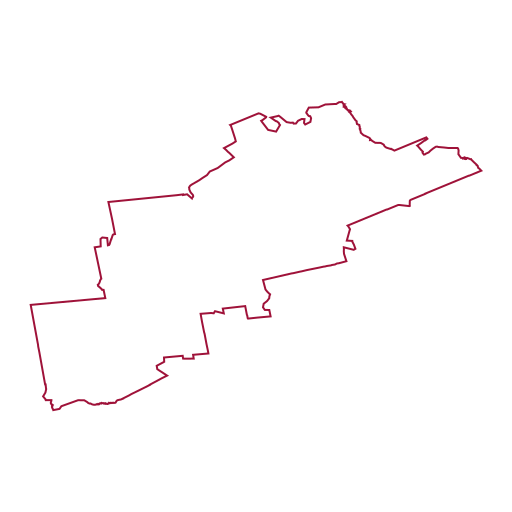 outline of Kalna pag., Jekabpils, Latvia
{"feature_id": "27541924B87645063138183", "entity_name": "Kalna pag.", "entity_type": "district", "adm_level": 2, "iso_a3": "LVA", "parent_name": "Latvia", "parent_adm1": "Jekabpils", "projection": "robinson", "projection_center": [25.845, 56.324], "detail": "fine", "context": "isolated", "style": "outline", "palette": "rose", "viewbox_px": 512, "rotation_deg": 0, "n_neighbors": 0, "source": "geoboundaries", "source_scale": "gbopen_adm2", "svg_char_len": 5790}
<svg xmlns="http://www.w3.org/2000/svg" viewBox="0 0 512 512"><path d="M53.3,410.1L59.5,408.9L61.4,406.2L78.1,400.2L84.3,400.3L87.4,402.2L88.2,403.0L89.7,403.6L90.6,403.5L91.5,404.1L92.6,404.5L94.1,404.8L95.0,404.7L95.4,404.6L95.7,404.7L96.1,404.5L96.5,404.4L96.9,404.1L97.4,404.3L97.7,404.1L97.9,404.1L98.1,403.9L98.7,404.2L98.8,404.3L98.7,404.4L98.8,404.4L99.3,404.2L99.5,404.0L99.5,403.7L100.1,403.4L100.2,403.2L100.6,403.2L101.0,403.4L101.1,403.2L101.6,402.9L101.9,403.2L102.0,403.3L102.5,403.1L103.2,403.1L104.2,403.2L104.5,403.3L104.4,403.7L104.6,403.7L105.1,403.6L105.4,403.4L105.6,403.8L106.4,403.6L106.7,403.8L107.0,404.0L107.4,404.0L107.4,403.8L107.5,403.8L108.0,403.6L108.4,403.4L108.8,403.5L109.1,403.3L109.1,403.0L109.4,403.1L109.5,403.0L109.9,403.2L110.3,402.9L110.6,402.8L110.8,403.0L111.2,402.9L111.5,403.0L111.6,402.9L111.9,402.8L112.8,403.0L113.1,402.7L113.3,402.7L113.7,402.9L114.9,402.9L115.7,402.5L116.2,401.4L117.0,400.5L117.5,400.2L120.1,399.6L120.6,399.6L122.6,398.8L122.5,398.7L129.1,395.4L131.3,394.1L140.1,389.8L149.9,384.9L149.8,384.7L161.7,378.3L167.1,375.6L157.3,369.2L156.7,365.8L164.2,361.8L164.0,357.5L182.7,355.8L183.1,358.6L185.0,358.7L193.7,358.6L193.1,354.8L208.4,353.5L208.0,351.2L206.5,344.1L204.6,333.9L204.1,332.2L202.0,321.7L200.6,313.8L211.1,313.0L213.7,313.3L215.0,311.2L223.8,313.4L222.8,308.6L245.2,306.1L246.9,314.9L247.2,315.4L247.7,318.2L248.0,318.6L257.3,317.6L270.6,316.4L269.3,310.0L264.8,309.9L263.0,307.3L263.7,303.7L267.0,301.1L269.2,298.3L269.4,296.3L270.1,294.3L269.1,293.5L267.2,291.6L265.5,289.5L263.0,280.0L291.7,273.4L293.2,273.2L300.2,271.6L301.4,271.4L306.8,270.1L319.2,267.6L323.8,266.6L325.0,266.5L326.8,266.0L330.9,265.4L331.9,265.0L335.0,264.5L336.9,263.5L339.2,263.2L339.5,263.0L340.2,262.9L346.4,261.2L344.0,253.8L343.8,251.2L343.9,249.5L343.8,247.3L353.7,249.8L355.4,248.8L353.9,244.7L352.4,241.8L352.3,240.9L346.8,240.6L349.4,231.2L350.0,229.2L348.4,226.5L347.6,225.6L386.6,209.5L387.2,209.5L397.9,205.1L398.4,205.0L399.5,205.0L409.3,206.1L409.8,205.9L409.7,204.9L409.8,200.9L409.9,200.6L410.1,200.3L410.8,199.8L424.9,194.0L425.9,193.5L425.8,193.4L468.7,175.7L469.2,175.7L481.3,170.7L479.2,168.5L478.3,168.0L477.7,166.4L477.8,166.1L477.2,165.3L476.9,165.3L476.5,165.1L476.4,164.8L476.4,164.5L473.7,162.0L471.0,159.3L471.0,159.2L470.3,159.2L468.9,158.6L467.0,157.9L466.4,158.1L466.2,159.0L465.6,159.1L464.6,158.9L464.4,158.7L464.3,158.3L464.4,158.0L464.9,157.5L464.6,157.3L464.2,157.4L464.0,157.6L463.6,158.1L463.5,158.5L462.8,158.6L462.7,158.4L462.6,158.0L461.9,157.9L461.0,157.9L458.4,154.2L458.6,150.4L458.1,148.6L457.6,148.0L448.4,148.0L444.1,147.5L438.3,147.0L437.1,146.6L435.7,146.8L433.0,148.6L430.4,150.7L428.7,152.4L425.6,153.8L425.1,154.3L423.9,154.6L422.5,152.7L422.9,151.7L420.8,149.6L417.9,146.2L417.2,145.6L420.9,143.2L425.1,140.1L425.4,140.3L427.4,138.8L426.3,137.4L394.4,150.6L391.8,149.2L391.8,149.3L389.1,148.5L386.3,147.6L384.7,146.4L383.9,145.2L383.8,144.7L381.1,143.1L380.2,142.9L375.3,142.8L372.2,140.9L371.2,140.0L370.0,140.1L370.2,138.6L369.0,137.7L365.3,135.9L363.5,135.2L360.8,132.7L360.6,131.1L360.1,129.8L360.3,129.0L359.7,128.7L359.8,128.1L359.7,126.4L359.4,126.1L359.4,125.3L359.3,124.9L358.8,124.8L357.0,124.0L357.0,123.5L356.6,122.8L356.7,122.3L356.7,121.3L355.4,120.2L354.5,118.9L353.3,117.3L352.6,116.0L351.1,114.2L350.3,112.9L349.6,112.3L350.0,112.2L350.7,111.6L350.3,111.4L350.2,111.2L349.7,110.7L349.2,110.8L349.1,110.6L349.4,110.4L348.8,110.2L348.5,110.5L348.2,110.5L347.2,109.7L347.1,109.3L346.6,109.0L346.8,108.9L346.8,108.6L346.3,108.1L346.3,107.8L345.8,107.7L345.5,107.9L345.1,107.8L345.0,107.6L345.0,107.4L345.2,107.2L345.8,107.1L346.0,106.9L345.6,106.4L345.0,106.2L344.3,106.2L344.2,106.2L344.1,106.6L343.7,106.7L343.7,106.3L343.8,105.8L344.4,105.3L344.2,105.1L344.9,104.9L343.9,104.7L344.0,104.5L344.4,104.2L343.5,104.0L343.3,103.6L342.6,102.9L341.9,101.9L341.5,102.1L339.1,102.2L336.2,104.0L334.5,104.0L325.3,104.5L318.5,107.3L308.8,107.6L306.3,112.3L306.3,112.8L308.1,115.3L308.8,116.0L310.2,116.2L311.1,118.2L310.4,121.9L305.2,124.5L304.0,122.9L304.5,119.1L301.7,119.0L298.0,120.8L296.0,123.5L293.6,123.6L292.9,122.6L290.7,122.8L286.6,122.1L280.2,116.8L278.7,115.7L277.5,116.1L270.8,117.6L275.8,121.1L276.6,121.2L278.7,122.8L279.1,123.6L279.3,124.2L280.0,125.0L276.1,131.6L268.1,129.9L261.9,121.8L261.2,120.8L262.5,120.1L265.4,117.9L266.1,117.3L266.2,116.8L260.4,113.8L259.5,113.5L258.5,113.5L258.4,113.4L257.9,113.6L230.2,125.0L230.9,125.7L232.1,129.3L235.0,138.3L235.8,141.4L232.4,143.6L224.0,148.1L226.3,150.1L227.8,151.7L229.4,153.0L233.8,157.3L229.1,160.5L227.6,161.2L225.2,162.4L217.7,168.0L213.9,169.7L209.8,171.5L207.0,175.1L202.3,178.1L199.3,180.2L192.0,184.4L190.4,185.5L189.7,186.3L189.1,187.4L189.2,187.5L189.2,187.8L189.3,189.4L189.5,190.0L190.7,192.5L192.7,194.7L192.9,195.0L193.1,195.6L193.2,196.3L193.1,196.7L192.0,198.0L191.9,198.4L187.1,194.3L183.1,195.0L183.1,194.4L176.6,195.2L108.4,202.0L112.1,219.2L115.0,234.1L113.4,234.4L113.1,234.6L112.7,235.1L111.3,239.3L111.1,239.3L109.6,244.2L109.3,244.7L109.1,245.0L107.9,245.3L107.2,238.0L102.3,237.5L100.5,239.0L100.7,246.4L94.7,247.3L96.2,254.4L101.3,278.7L100.9,279.0L100.0,280.7L99.9,281.5L99.7,281.9L99.6,282.3L99.3,283.0L98.4,284.4L98.2,284.5L98.1,285.0L97.9,285.0L98.0,285.7L98.3,285.9L98.3,286.2L100.1,287.6L100.7,288.4L101.1,288.5L101.6,289.0L101.8,289.4L101.9,289.7L102.1,289.9L103.6,289.9L105.3,298.1L30.7,304.9L37.7,343.0L38.0,344.5L38.2,346.5L39.4,352.5L45.1,384.4L45.6,384.4L46.0,388.3L46.2,389.0L45.4,392.6L43.1,396.4L45.6,399.4L45.6,399.9L45.8,400.2L47.1,400.1L51.4,400.1L51.4,400.6L50.8,402.6L50.9,403.3L50.9,403.6L51.0,403.8L52.2,404.6L52.7,405.0L52.0,405.6L51.9,405.9L52.0,406.1L52.3,406.3L52.0,407.1L52.6,408.7L53.2,409.5L53.3,410.1Z" fill="none" stroke="#9f1239" stroke-width="2"/></svg>